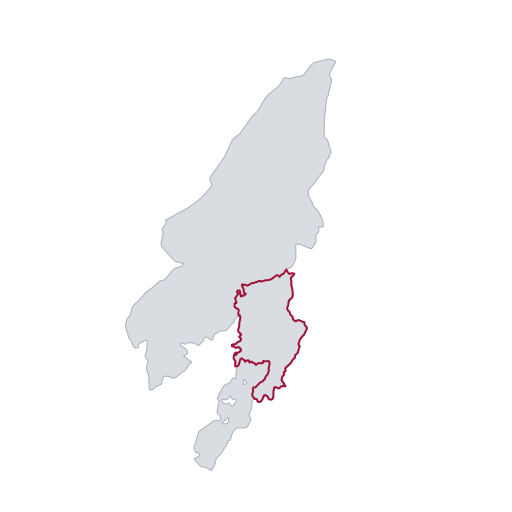 where Osh sits in Kyrgyzstan, rotated 303°
{"feature_id": "KGZ-1122", "entity_name": "Osh", "entity_type": "Region", "adm_level": 1, "iso_a3": "KGZ", "parent_name": "Kyrgyzstan", "parent_adm1": "", "projection": "natural_earth1", "projection_center": [73.025, 40.164], "detail": "fine", "context": "in_parent", "style": "outline", "palette": "rose", "viewbox_px": 512, "rotation_deg": 303, "n_neighbors": 0, "source": "natural_earth", "source_scale": "10m", "svg_char_len": 9497}
<svg xmlns="http://www.w3.org/2000/svg" viewBox="0 0 512 512"><g transform="rotate(303 256 256)"><path d="M114.8,301.9L116.1,301.1L120.0,300.3L127.9,299.6L130.6,300.1L136.0,303.3L140.2,302.9L140.9,303.3L142.5,305.9L148.3,302.1L152.4,300.9L154.6,297.0L159.1,292.4L162.9,291.7L163.0,292.4L163.7,293.1L167.6,294.2L168.8,292.9L169.4,291.3L168.1,288.6L168.0,287.5L169.3,285.8L175.5,288.4L176.9,288.3L179.7,286.9L182.3,284.4L183.3,282.4L196.0,276.0L196.9,274.9L196.8,274.0L191.4,272.5L189.0,273.4L186.8,273.4L185.4,272.4L179.0,272.1L177.5,271.4L173.2,266.8L167.9,263.9L165.3,264.0L162.2,265.3L161.3,264.7L161.1,260.3L160.4,257.7L158.6,257.1L156.2,258.2L149.7,256.7L149.0,251.2L146.5,246.4L143.1,244.5L143.0,241.6L141.8,240.4L140.8,240.7L139.4,242.2L140.1,245.4L139.5,248.6L138.8,250.2L137.3,251.4L135.5,251.4L132.6,249.8L132.1,259.5L131.5,260.1L127.9,258.7L125.1,259.3L120.9,258.7L117.7,257.1L111.5,255.3L108.6,253.5L106.9,247.0L105.2,244.7L103.6,244.2L97.0,246.5L90.3,242.5L86.9,241.7L86.0,240.5L86.2,239.0L96.5,231.8L100.6,226.8L103.2,224.7L109.6,222.5L111.1,217.9L111.7,217.4L118.3,215.2L125.6,211.1L125.8,210.0L125.0,209.1L118.5,205.4L115.1,207.1L113.1,205.0L113.2,202.8L115.4,199.1L117.3,197.2L118.1,193.6L120.7,191.2L123.5,187.4L126.9,184.3L133.0,182.0L136.5,182.8L139.7,182.2L144.7,180.3L147.7,180.2L160.6,183.0L164.8,183.2L174.8,186.9L182.6,188.8L186.4,192.4L198.9,194.0L202.4,195.1L203.6,196.8L207.2,199.1L210.2,199.6L207.5,190.9L208.6,185.8L212.5,171.7L214.6,169.6L224.7,165.6L227.1,162.7L234.4,162.7L235.9,162.2L236.7,160.5L259.4,172.8L268.0,176.3L279.9,179.5L290.0,180.5L291.7,179.8L295.6,175.0L297.5,174.7L322.4,175.6L340.2,173.0L342.8,173.2L349.5,175.9L370.5,176.7L378.8,178.5L391.9,177.8L397.5,178.2L407.5,181.6L411.0,182.4L417.5,182.9L420.0,182.3L421.4,183.1L423.0,187.5L429.2,193.1L431.6,196.1L433.9,197.3L445.6,198.2L450.0,199.4L461.1,209.9L462.6,216.0L461.5,217.3L450.1,218.1L447.5,219.0L444.9,223.6L429.6,229.1L427.3,229.0L406.9,239.5L392.8,248.4L392.3,252.7L384.1,262.4L377.9,263.5L372.6,263.3L363.9,266.3L352.7,265.2L348.8,265.4L341.5,264.1L338.5,264.8L335.4,266.8L331.2,274.5L329.4,276.3L328.7,278.1L328.0,281.9L326.4,285.8L322.8,291.9L319.7,294.7L316.8,296.5L314.5,292.8L310.7,295.4L307.1,294.8L304.9,295.6L300.0,298.8L292.6,298.7L291.8,297.6L290.3,288.7L289.0,284.5L287.9,283.6L286.6,283.5L276.2,290.5L271.3,291.7L267.3,291.9L262.0,289.8L260.9,290.3L260.0,291.5L259.6,292.9L261.2,296.8L260.7,297.6L258.4,297.6L255.1,298.5L245.0,306.7L238.7,308.8L232.7,309.6L229.2,311.1L227.2,314.1L223.3,322.6L223.5,324.3L225.1,326.6L226.4,331.7L226.1,333.1L222.9,337.3L218.9,338.6L215.7,339.2L209.6,338.6L206.4,339.5L200.7,342.7L195.9,343.3L187.0,343.4L178.2,342.2L175.3,342.6L167.5,344.5L164.8,347.5L163.4,350.2L162.6,350.6L159.5,348.1L155.6,343.8L153.6,343.8L146.6,347.4L145.6,347.3L143.6,345.9L143.8,340.4L141.6,339.3L136.8,339.0L135.2,337.8L135.7,334.2L135.2,332.9L134.0,331.9L131.5,332.1L126.5,335.1L120.6,336.1L118.6,337.1L116.3,340.9L108.6,341.8L106.1,340.9L101.4,333.7L97.4,332.6L93.2,332.9L87.6,334.8L86.3,333.2L84.9,332.8L83.6,334.1L76.7,334.3L69.8,334.1L65.8,333.2L63.2,333.3L58.1,335.3L51.8,335.6L51.3,328.9L49.4,324.4L51.4,317.0L52.5,314.6L57.1,317.4L58.8,316.9L59.3,315.5L58.6,312.2L61.0,308.5L77.5,303.6L95.7,310.8L98.0,315.5L99.6,315.3L102.2,313.2L103.0,309.2L106.5,306.9L114.4,304.3L114.8,301.9ZM124.1,318.2L124.4,317.5L123.1,314.1L125.0,310.9L121.3,310.3L119.4,309.4L117.3,306.1L116.6,305.9L115.5,306.8L114.9,309.0L115.4,311.3L118.0,313.5L116.7,318.1L122.2,318.6L124.1,318.2ZM105.0,321.4L104.9,320.4L103.6,320.0L96.8,318.7L97.0,319.6L99.6,323.0L101.6,323.2L105.0,321.4ZM145.7,315.5L146.1,313.4L142.0,314.6L141.6,315.7L143.0,317.0L144.7,317.5L145.7,315.5Z" fill="#d9dde1" stroke="#a8b0b8" stroke-width="1"/><path d="M260.8,289.1L260.3,289.8L260.2,290.3L260.1,290.5L259.8,291.3L259.4,292.3L259.1,293.3L259.4,294.0L261.2,295.6L261.6,296.2L261.9,297.7L260.8,298.0L257.6,297.2L256.8,297.2L256.0,297.5L254.1,299.4L253.5,299.8L252.0,300.6L250.8,301.5L247.5,305.0L243.4,308.1L242.1,308.7L240.9,308.9L239.8,308.7L238.5,308.2L237.2,307.9L235.8,308.1L234.5,308.6L233.3,309.4L232.1,309.9L229.7,310.3L228.6,311.1L228.2,311.6L227.9,312.1L227.7,312.7L227.6,313.4L227.4,314.6L226.8,315.3L226.0,316.1L225.5,317.0L225.2,319.0L225.0,319.5L224.7,319.9L223.7,320.8L223.2,321.5L222.9,322.3L222.7,323.2L222.7,324.2L223.1,325.1L223.6,325.4L224.3,325.6L225.0,326.0L225.5,326.8L225.8,327.8L226.0,329.8L226.8,332.4L226.6,332.9L225.8,333.4L225.2,333.9L224.7,334.6L224.3,335.6L223.9,337.3L223.5,337.9L222.8,338.3L215.7,339.2L214.6,338.7L211.2,338.3L209.8,338.4L205.7,339.4L204.8,340.1L204.5,340.8L204.4,341.5L204.1,341.9L202.0,342.3L198.1,343.6L196.9,343.7L195.6,343.3L194.9,343.0L194.5,342.9L194.0,343.0L192.1,343.9L191.6,344.0L190.9,343.8L188.5,343.3L187.8,343.2L186.1,343.6L185.6,343.6L178.6,341.8L177.9,341.8L177.3,342.0L176.9,342.3L176.2,343.2L175.7,343.4L175.1,343.4L174.2,342.8L173.6,342.7L173.2,342.8L172.0,344.1L171.4,344.1L170.7,344.1L169.5,343.8L168.8,343.8L167.4,344.5L166.6,344.6L165.9,344.9L165.5,345.6L164.6,348.1L163.0,351.4L162.6,351.5L162.2,350.9L161.9,350.1L161.8,349.7L161.7,349.3L161.6,349.0L160.8,348.6L160.3,348.2L159.9,348.0L158.3,347.7L157.5,347.4L157.2,346.7L157.1,345.7L156.9,344.5L156.5,343.5L155.8,343.0L155.2,343.1L153.8,343.8L152.4,344.1L151.8,344.4L148.0,346.9L146.6,347.5L145.3,347.7L144.5,347.5L143.8,346.9L143.3,346.2L143.0,345.2L143.1,344.3L143.5,343.7L144.0,343.2L144.4,342.5L144.6,341.5L144.5,340.3L144.2,339.2L143.6,338.7L142.8,338.7L139.0,339.5L137.1,339.4L135.6,338.7L134.8,337.1L135.1,336.3L136.1,335.0L136.3,334.3L136.1,333.5L135.5,332.8L135.5,332.7L135.8,332.0L136.1,330.6L136.2,330.3L137.1,328.8L138.0,328.0L140.9,327.3L141.6,326.9L142.0,326.5L142.4,325.9L142.7,325.7L143.2,325.5L143.9,325.5L144.4,325.6L144.7,325.8L144.9,326.4L145.2,326.7L145.7,327.0L146.3,327.2L151.9,328.3L152.4,328.6L152.7,328.8L153.0,328.9L153.8,329.5L154.3,329.7L155.1,329.9L155.7,330.0L156.2,329.9L156.5,330.0L157.2,330.5L157.6,330.5L158.0,330.4L158.8,330.1L159.4,329.9L160.6,329.8L163.0,330.2L164.3,330.0L165.2,329.6L166.4,329.3L167.0,329.1L167.4,328.8L168.4,327.9L170.2,327.1L172.1,326.5L173.4,325.9L173.7,325.7L174.0,325.5L174.1,325.2L174.3,324.7L174.8,324.1L173.9,322.6L173.1,321.6L172.6,321.1L172.4,320.7L172.2,319.7L172.0,319.4L171.6,319.3L171.2,319.5L170.5,320.0L170.2,320.0L169.6,319.7L168.7,318.5L168.2,317.3L167.8,316.8L167.4,316.4L166.8,316.0L166.2,315.8L165.3,315.6L164.9,315.4L164.7,315.2L164.7,314.8L164.8,314.5L164.9,314.0L165.1,313.6L165.3,313.1L165.2,312.7L164.9,311.9L164.7,311.5L164.8,311.1L165.0,310.8L165.0,310.5L165.0,310.0L164.8,309.6L164.4,309.3L163.2,308.7L163.3,308.3L164.1,307.6L164.4,307.1L164.3,306.4L164.1,305.9L163.5,305.5L162.0,304.8L161.6,304.5L161.5,304.2L162.1,303.8L162.3,303.5L162.4,303.0L162.2,302.5L162.1,302.1L162.1,301.6L162.3,300.8L162.4,300.3L162.1,299.6L161.7,299.2L161.1,299.1L157.8,300.0L156.0,300.7L154.6,300.8L154.3,300.6L153.2,300.1L152.5,299.6L152.3,298.9L152.5,298.2L155.8,296.6L156.8,295.7L157.3,294.4L157.5,293.5L157.9,293.0L160.4,291.7L161.0,291.5L162.7,291.4L163.0,291.4L163.7,291.5L164.1,291.8L163.9,292.2L163.4,292.4L162.7,292.5L162.3,292.6L162.1,293.0L162.6,293.2L164.3,293.1L164.8,293.3L167.1,294.6L168.1,294.9L169.0,294.7L169.7,293.7L170.1,292.5L170.2,291.4L170.0,290.9L169.8,290.5L168.2,289.4L167.8,288.9L167.8,288.4L168.1,287.6L168.1,286.8L167.3,285.5L167.4,284.7L168.5,284.2L169.8,285.3L171.0,286.7L172.1,287.2L173.6,287.4L176.2,289.1L177.7,289.0L178.3,288.6L178.6,288.0L178.8,287.3L178.9,286.6L179.2,285.8L179.8,285.9L181.2,286.5L182.3,286.0L182.8,282.8L183.7,281.5L185.0,281.0L187.7,280.3L190.9,278.4L194.4,277.1L196.2,276.2L197.4,274.7L197.2,273.8L196.9,273.7L197.5,273.1L198.6,272.1L200.8,271.2L201.3,270.8L201.6,270.4L201.7,270.1L201.7,269.8L201.7,269.6L201.6,269.3L201.5,269.0L201.4,268.8L201.4,268.6L201.6,268.0L201.6,267.7L201.5,267.0L201.5,266.6L201.6,266.1L201.9,265.7L202.2,265.4L204.2,264.0L204.4,263.9L204.6,263.9L204.8,264.0L205.0,264.2L205.2,264.5L205.4,264.9L205.5,265.0L205.9,265.1L206.2,265.0L206.5,264.9L206.8,264.2L207.1,263.8L207.4,263.5L207.8,263.2L208.1,262.9L208.8,261.8L209.0,261.6L209.2,261.4L209.4,261.5L209.6,261.6L210.9,261.5L214.0,261.8L214.5,261.7L215.0,261.6L215.3,261.3L215.3,261.1L215.3,260.9L215.2,260.7L215.1,260.2L215.2,259.8L215.4,259.6L215.6,259.5L216.7,259.3L216.9,259.4L217.1,259.5L217.4,259.9L217.8,260.5L218.0,260.6L218.0,260.8L218.1,261.0L218.0,261.3L217.8,261.6L214.6,264.5L214.2,265.0L213.9,265.4L214.0,265.6L215.1,265.8L215.3,265.9L215.4,266.0L215.4,266.3L215.5,266.6L215.5,266.9L215.7,267.0L215.9,267.2L216.6,267.3L216.8,267.3L217.0,267.4L217.5,267.8L217.8,268.0L218.3,268.2L218.5,268.1L218.7,267.8L218.7,267.6L218.6,266.9L218.6,266.6L218.7,266.2L218.8,265.8L219.2,265.4L219.6,265.0L221.0,264.1L221.3,263.9L223.2,260.7L223.9,260.0L224.5,259.9L224.8,260.1L225.0,260.3L225.1,260.5L225.0,261.1L225.0,261.6L225.3,261.9L226.0,262.4L226.2,262.8L226.2,263.2L226.2,263.8L226.3,264.5L226.4,264.9L226.6,265.1L230.9,267.2L231.4,268.0L231.6,268.2L235.7,271.6L236.7,272.2L236.9,272.5L237.1,272.8L237.4,273.3L237.4,273.7L237.5,274.3L237.5,274.5L238.1,275.1L238.8,275.4L240.2,276.7L241.4,277.9L241.7,278.3L242.0,278.9L242.3,279.2L242.9,279.9L244.5,281.2L245.2,281.6L250.5,283.5L250.9,283.7L251.4,284.2L251.6,284.5L251.7,284.8L251.7,285.1L251.7,285.3L251.7,285.6L251.6,285.9L251.5,286.1L251.3,286.7L251.6,287.0L252.1,287.2L254.9,287.7L255.2,288.0L255.5,288.4L255.7,288.6L256.2,288.7L256.8,288.8L259.8,288.7L260.7,289.1L260.8,289.1Z" fill="none" stroke="#9f1239" stroke-width="2"/></g></svg>